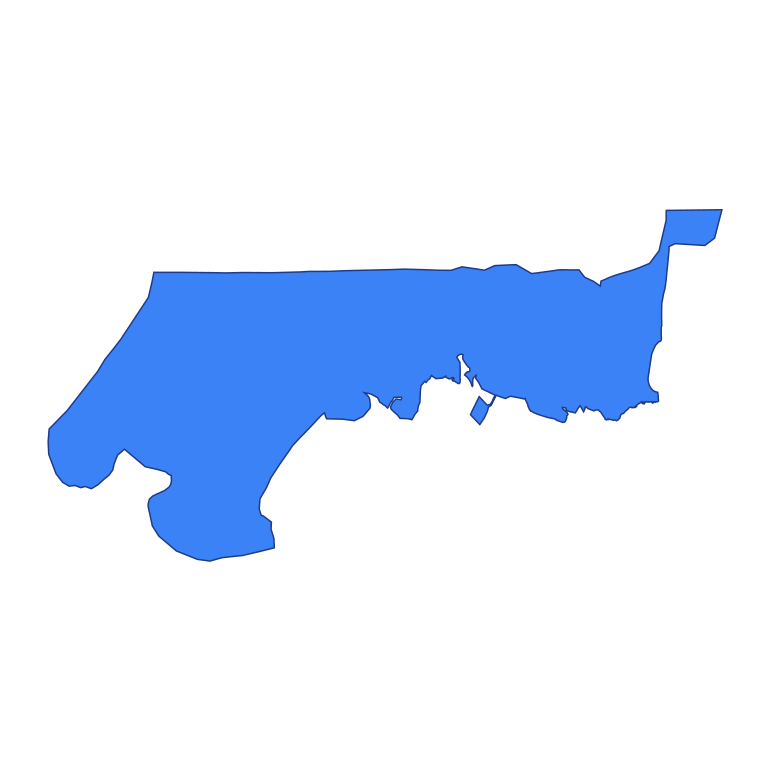 outline of Eti Osa, Lagos, Nigeria, rotated 181°
{"feature_id": "59680162B38204256572023", "entity_name": "Eti Osa", "entity_type": "district", "adm_level": 2, "iso_a3": "NGA", "parent_name": "Nigeria", "parent_adm1": "Lagos", "projection": "equal_earth", "projection_center": [3.482, 6.457], "detail": "fine", "context": "isolated", "style": "filled", "palette": "blue", "viewbox_px": 768, "rotation_deg": 181, "n_neighbors": 0, "source": "geoboundaries", "source_scale": "gbopen_adm2", "svg_char_len": 5567}
<svg xmlns="http://www.w3.org/2000/svg" viewBox="0 0 768 768"><g transform="rotate(181 384 384)"><path d="M107.7,438.6L107.8,445.2L107.3,447.4L107.6,454.2L107.7,459.0L107.7,469.3L107.2,472.1L106.1,479.0L104.9,483.7L104.4,487.0L103.7,493.2L103.2,500.1L102.4,509.5L102.2,512.3L101.3,523.5L101.5,526.4L95.3,529.4L65.6,528.1L56.0,535.7L49.2,564.1L104.8,562.5L104.8,555.7L104.7,552.9L105.2,550.5L107.1,541.7L109.5,530.6L111.3,521.9L112.6,520.2L118.0,512.8L120.6,509.2L123.9,507.8L128.6,505.7L130.7,504.8L136.9,502.4L143.0,500.4L149.7,498.4L155.0,496.6L161.0,494.3L165.5,492.1L168.8,490.7L169.5,485.7L176.7,490.5L177.5,490.8L179.2,491.5L185.3,494.3L190.0,500.2L191.1,501.5L197.8,501.3L206.2,501.3L210.7,501.2L221.4,499.5L230.1,498.2L231.7,497.9L238.4,497.0L253.9,505.6L261.8,505.2L275.4,504.3L285.6,499.5L292.3,500.5L308.1,502.5L319.0,498.8L320.9,498.8L331.6,498.7L346.3,499.0L365.2,499.2L371.5,498.9L380.9,498.4L424.6,496.6L440.2,495.7L462.0,495.2L468.9,494.6L486.6,493.8L498.3,493.3L526.9,493.0L543.8,492.3L559.1,492.3L589.0,492.1L615.1,491.6L616.0,491.7L617.7,482.1L621.1,466.4L648.1,423.9L655.2,414.4L663.5,403.6L670.7,391.3L700.4,351.8L718.0,333.2L718.8,320.6L718.0,307.9L710.3,288.4L703.5,280.0L700.0,278.1L697.1,276.4L690.9,277.1L685.5,275.1L680.7,276.3L674.8,274.2L668.6,278.0L661.6,284.5L657.3,288.1L653.7,293.3L652.4,299.6L649.2,308.2L642.4,314.3L624.7,299.9L621.4,297.2L608.7,294.5L600.8,292.4L597.9,290.0L595.1,288.8L595.1,287.3L594.8,283.8L595.4,280.1L597.1,277.2L601.6,273.6L609.5,269.9L613.5,267.8L616.5,264.8L617.7,260.1L617.7,257.5L613.1,238.0L606.5,228.0L588.8,213.5L567.5,205.4L560.6,204.6L554.9,203.9L543.1,207.5L532.2,208.9L522.7,210.0L503.4,214.9L490.8,218.3L491.4,227.7L494.4,236.8L494.2,243.9L502.1,249.8L504.5,250.6L506.6,256.7L506.0,267.1L499.6,278.5L495.7,287.9L486.9,301.9L477.2,316.3L474.4,320.7L467.4,328.5L458.7,337.7L447.6,350.0L445.3,352.3L443.0,354.2L441.5,349.6L440.7,348.2L424.6,348.1L413.0,346.8L404.6,351.2L402.9,353.0L397.6,359.6L397.2,362.3L398.1,368.7L399.1,370.9L401.1,373.0L403.4,374.9L396.9,373.8L390.1,370.2L387.8,365.7L386.0,364.7L384.4,363.3L382.8,362.6L380.0,360.0L378.7,362.0L377.5,364.8L375.1,368.4L373.8,370.8L368.6,371.1L366.3,371.1L366.2,369.7L366.8,368.5L368.6,368.8L371.7,369.2L374.5,366.4L375.8,364.0L377.1,360.8L376.4,358.9L373.7,356.4L370.0,353.3L367.4,349.9L359.3,349.7L355.5,348.8L352.3,354.5L349.8,357.7L349.8,359.6L349.2,362.8L347.8,366.2L347.5,377.9L347.0,382.8L343.3,387.4L342.0,386.3L340.0,389.0L338.5,389.8L337.0,392.6L336.7,393.3L334.6,391.7L333.6,391.5L332.7,390.4L330.6,390.4L325.3,391.0L322.5,392.9L322.3,391.9L319.1,390.3L317.7,390.4L316.8,391.2L315.7,391.7L314.7,391.5L314.2,390.8L314.1,390.2L315.2,390.1L316.0,389.8L315.7,388.9L315.0,388.2L313.4,388.0L311.8,386.9L309.6,385.7L308.5,385.9L308.0,386.8L308.0,388.5L307.7,389.8L308.2,391.5L308.0,393.8L308.1,400.9L308.5,407.1L311.7,411.9L310.4,413.9L308.3,415.0L306.6,415.1L305.4,414.7L305.8,412.3L305.5,410.2L304.6,408.6L302.0,404.8L300.0,402.4L299.1,402.0L298.5,401.1L298.3,399.8L298.5,398.6L299.2,397.7L300.4,397.8L301.6,397.1L302.7,395.9L303.6,394.5L300.8,392.2L298.7,389.6L297.2,386.9L296.4,384.8L296.1,383.7L295.7,383.2L295.2,383.8L295.4,387.7L295.3,390.3L294.4,392.0L293.3,393.3L292.0,394.2L292.2,393.1L292.4,391.4L289.4,387.2L286.0,380.9L273.0,374.9L273.2,373.6L274.3,371.7L275.3,369.0L276.5,366.8L277.4,365.6L280.3,364.5L288.6,373.0L294.7,360.1L295.8,357.7L296.4,355.9L297.0,354.8L287.5,345.1L283.1,351.8L280.5,357.7L279.5,360.8L279.5,362.1L278.3,363.3L276.5,364.5L271.6,374.7L267.5,373.2L262.3,371.6L257.5,374.0L249.6,372.7L243.7,371.5L242.6,372.0L242.4,371.1L240.4,366.9L239.7,365.3L239.8,364.5L238.7,362.5L238.1,360.7L237.1,360.2L236.8,359.3L234.8,358.8L234.1,358.0L232.7,357.6L230.2,356.5L225.9,355.2L220.2,353.5L215.6,352.6L212.7,352.1L210.5,350.6L207.9,349.8L205.0,348.9L204.5,348.7L204.1,349.0L203.1,348.9L201.9,350.0L201.4,351.6L200.8,353.1L200.7,354.0L200.8,355.3L199.5,356.7L200.1,358.2L201.4,359.6L203.5,361.3L204.3,361.8L205.1,362.6L205.2,363.8L201.7,363.2L201.6,362.1L200.8,360.6L196.5,359.2L195.8,359.5L194.9,359.0L192.3,358.4L191.2,360.1L189.5,363.2L187.5,365.7L183.9,359.7L182.6,362.8L182.4,364.5L181.1,364.5L179.8,363.0L173.6,360.8L171.8,361.6L169.5,361.9L166.6,359.4L164.4,356.1L162.5,353.6L162.5,352.8L160.9,352.0L160.2,352.3L159.3,352.3L159.3,353.1L153.7,351.6L152.8,352.2L152.0,351.8L150.8,351.3L149.2,352.3L147.5,354.2L147.4,355.0L147.1,356.2L147.0,356.5L146.5,357.5L145.9,358.4L144.8,358.4L143.4,359.4L142.4,360.8L141.0,361.9L140.6,362.4L140.2,362.6L139.1,363.7L138.5,364.6L137.6,365.1L136.5,365.1L135.9,365.2L135.7,364.6L134.5,364.7L133.6,365.1L133.4,364.9L132.9,364.8L132.7,365.2L132.3,365.8L131.9,365.3L131.4,365.7L130.9,366.3L131.1,366.9L130.3,367.8L129.4,368.4L127.7,369.5L126.4,370.2L126.5,370.7L125.9,370.9L125.5,370.5L125.4,369.9L125.4,369.1L124.7,368.9L124.4,369.5L124.3,370.1L123.8,370.4L123.8,369.7L123.5,368.8L123.1,369.2L122.9,370.1L122.3,370.3L121.9,370.7L121.4,371.1L121.0,370.8L120.4,370.6L118.1,370.6L117.8,370.9L116.1,371.0L116.1,370.6L115.6,370.1L115.3,369.6L114.9,369.6L114.9,370.0L114.6,370.4L114.3,370.9L114.0,370.9L113.7,370.6L113.5,370.9L113.0,371.0L112.9,370.7L112.5,370.5L112.3,370.9L110.1,371.0L109.3,371.6L109.3,372.7L109.5,374.1L109.6,376.6L109.9,378.1L109.9,379.1L110.1,379.7L110.2,380.5L111.8,380.8L113.7,381.5L115.2,382.5L117.0,384.4L118.7,387.3L119.4,389.3L120.0,391.9L120.1,394.7L119.2,401.1L118.3,408.1L117.5,414.2L117.1,417.7L116.3,420.2L115.1,423.3L113.1,427.6L110.1,430.9L108.0,431.9L107.8,432.3L107.4,434.1L107.7,438.6Z" fill="#3b82f6" stroke="#1e3a8a" stroke-width="1.5"/></g></svg>